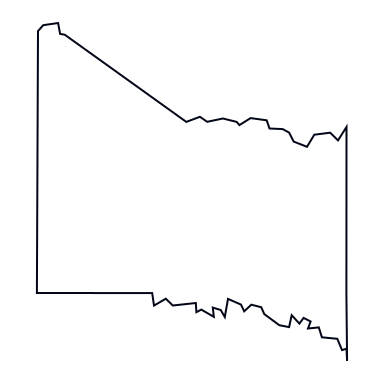 outline of Foard, Texas, United States of America
{"feature_id": "52423323B82900100133763", "entity_name": "Foard", "entity_type": "district", "adm_level": 2, "iso_a3": "USA", "parent_name": "United States of America", "parent_adm1": "Texas", "projection": "natural_earth1", "projection_center": [-99.685, 33.988], "detail": "fine", "context": "isolated", "style": "outline", "palette": "ink", "viewbox_px": 384, "rotation_deg": 0, "n_neighbors": 0, "source": "geoboundaries", "source_scale": "gbopen_adm2", "svg_char_len": 786}
<svg xmlns="http://www.w3.org/2000/svg" viewBox="0 0 384 384"><path d="M65.1,293.0L152.2,293.1L154.0,305.6L165.8,298.7L172.8,305.5L195.8,303.0L196.4,312.2L201.3,309.6L213.8,316.8L212.8,307.6L220.7,310.0L224.8,317.0L228.0,298.9L241.0,304.6L244.2,311.3L251.3,304.7L261.2,307.2L264.3,314.1L279.3,325.2L289.1,327.1L291.7,315.2L299.4,323.6L303.6,317.9L310.6,321.5L308.0,328.5L318.8,327.4L321.9,337.3L337.3,338.8L342.0,350.1L346.5,348.7L347.1,361.0L346.4,294.3L346.5,127.0L338.0,140.4L330.2,132.7L314.3,134.7L307.0,146.8L293.7,141.6L289.1,132.6L282.7,129.1L269.5,128.5L266.7,120.3L250.6,118.1L239.4,125.1L236.7,121.9L222.9,118.5L207.2,121.8L199.9,116.8L186.3,121.9L64.7,34.7L60.1,33.9L58.1,23.0L43.2,25.2L38.0,31.1L36.9,293.0L65.1,293.0Z" fill="none" stroke="#020617" stroke-width="2"/></svg>